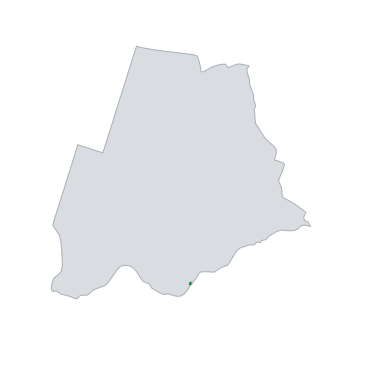 location of Lobatse within Botswana, rotated 18°
{"feature_id": "BWA-5503", "entity_name": "Lobatse", "entity_type": "Town", "adm_level": 1, "iso_a3": "BWA", "parent_name": "Botswana", "parent_adm1": "", "projection": "robinson", "projection_center": [25.686, -25.205], "detail": "fine", "context": "in_parent", "style": "filled", "palette": "green", "viewbox_px": 384, "rotation_deg": 18, "n_neighbors": 0, "source": "natural_earth", "source_scale": "10m", "svg_char_len": 3005}
<svg xmlns="http://www.w3.org/2000/svg" viewBox="0 0 384 384"><g transform="rotate(18 192 192)"><path d="M207.4,54.5L206.8,56.0L206.4,58.2L206.9,59.9L208.0,62.1L209.5,64.0L210.7,65.1L212.1,67.9L213.5,71.5L215.3,74.2L220.6,80.5L221.2,82.8L222.0,85.0L225.3,89.3L225.9,90.7L225.6,93.7L229.1,102.4L231.4,107.5L233.3,108.5L239.4,113.9L244.8,118.3L251.1,121.2L255.7,123.2L258.0,124.6L259.1,126.0L260.0,128.6L260.5,133.1L260.6,136.1L265.6,136.0L269.7,136.2L271.1,136.8L271.6,137.6L271.5,139.6L271.6,142.5L271.7,144.8L271.3,147.3L271.0,150.2L270.8,153.8L271.4,155.3L275.4,159.8L277.0,162.8L278.8,167.3L279.8,168.7L280.6,169.3L284.2,169.8L293.4,171.7L299.0,173.4L303.5,175.2L305.4,175.6L306.3,176.1L306.6,176.5L306.0,180.4L306.2,181.7L306.7,182.8L307.5,183.7L308.4,184.3L311.8,184.7L313.9,187.0L315.2,188.1L309.0,188.7L305.9,190.7L304.1,194.3L301.3,196.9L297.6,198.5L293.5,199.7L289.3,200.3L284.8,203.3L280.0,208.8L277.6,212.2L277.5,213.6L276.4,214.9L274.3,215.9L273.2,217.1L272.9,218.6L271.8,219.3L269.9,219.2L268.6,220.3L267.8,222.5L266.1,223.8L263.5,224.3L261.2,225.5L259.4,227.5L257.9,228.5L256.9,228.5L255.3,230.2L252.7,234.0L252.3,235.8L248.7,250.3L246.7,252.0L243.0,255.0L240.0,258.6L238.7,260.7L237.2,261.6L230.3,263.4L227.7,264.3L224.6,265.7L223.8,266.9L223.0,271.4L220.8,277.8L219.1,282.5L218.0,286.6L216.0,291.7L214.3,293.5L212.3,295.0L209.8,295.8L206.3,296.3L203.2,296.2L200.8,296.2L197.4,298.0L194.2,298.2L189.2,297.1L185.2,296.1L183.4,295.9L179.8,292.6L177.5,292.6L173.9,292.3L172.0,291.6L170.1,289.9L166.1,286.5L162.2,283.8L158.8,282.2L155.5,281.4L152.5,282.1L150.1,282.8L149.2,283.2L147.4,284.6L145.5,287.2L144.0,291.4L143.4,294.0L141.7,299.4L139.4,305.9L138.3,307.7L137.0,309.1L135.0,310.4L128.5,315.5L125.2,321.3L123.2,323.0L120.7,323.8L118.6,324.3L117.4,325.3L116.1,328.2L115.0,329.2L113.8,329.6L110.0,329.3L108.8,329.0L98.8,329.6L95.8,328.6L93.6,328.3L90.2,329.5L88.8,328.7L87.6,326.2L87.0,321.3L87.1,317.2L88.9,314.0L90.5,311.7L91.9,308.7L92.1,307.4L91.8,306.1L91.5,303.7L91.3,301.1L89.1,295.6L86.3,288.3L82.7,280.1L81.6,277.8L79.3,274.2L71.0,267.5L69.7,266.6L69.7,265.8L69.6,259.2L69.5,250.5L69.4,241.8L69.4,233.1L69.3,224.4L69.2,215.7L69.1,207.0L69.0,198.3L68.9,189.6L68.8,182.3L74.8,182.3L82.2,182.3L91.0,182.3L94.9,182.3L95.1,181.1L95.1,175.7L95.0,163.3L94.9,150.9L94.7,138.5L94.6,126.2L94.5,113.8L94.4,101.4L94.3,89.0L94.2,76.6L94.2,70.5L101.0,70.1L108.9,68.9L121.6,66.8L133.4,64.3L141.1,62.9L150.3,61.1L153.5,60.8L154.3,61.0L155.6,61.6L159.8,67.8L162.5,72.5L163.1,74.6L163.6,74.8L164.8,74.5L166.2,73.7L170.5,69.0L171.4,67.8L174.2,65.5L177.5,63.2L180.5,61.5L183.6,60.2L185.0,60.5L186.6,61.7L188.1,62.4L195.0,56.7L198.1,55.4L206.2,54.4L207.4,54.5Z" fill="#d9dde1" stroke="#a8b0b8" stroke-width="1"/><path d="M218.5,278.6L218.7,278.9L219.0,278.8L219.0,279.1L219.0,279.4L219.0,279.5L218.9,279.7L218.9,279.9L219.1,279.8L219.2,280.1L219.0,280.4L218.7,280.6L218.2,280.6L218.2,280.2L218.3,279.8L218.3,279.4L218.4,278.8L218.5,278.6Z" fill="#22c55e" stroke="#15803d" stroke-width="1.5"/></g></svg>